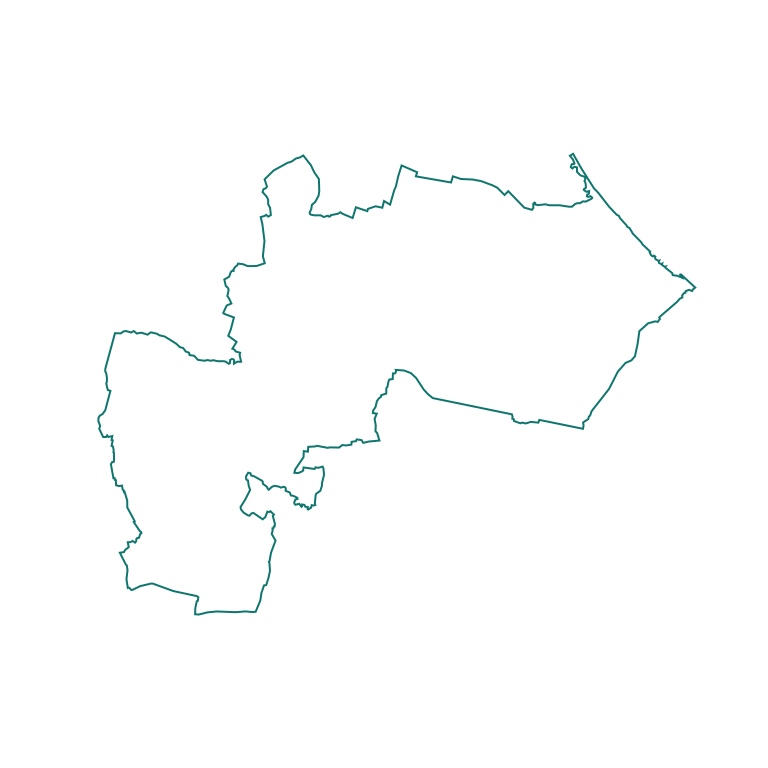 outline of Mueang Phetchaburi, Phetchaburi, Thailand, rotated 286°
{"feature_id": "78962969B35998281204361", "entity_name": "Mueang Phetchaburi", "entity_type": "district", "adm_level": 2, "iso_a3": "THA", "parent_name": "Thailand", "parent_adm1": "Phetchaburi", "projection": "albers", "projection_center": [99.958, 13.071], "detail": "fine", "context": "isolated", "style": "outline", "palette": "teal", "viewbox_px": 768, "rotation_deg": 286, "n_neighbors": 0, "source": "geoboundaries", "source_scale": "gbopen_adm2", "svg_char_len": 6166}
<svg xmlns="http://www.w3.org/2000/svg" viewBox="0 0 768 768"><g transform="rotate(286 384 384)"><path d="M255.6,128.7L256.5,131.5L258.3,132.0L257.1,133.7L259.1,137.1L255.0,137.6L255.0,138.8L249.4,139.2L249.2,140.7L245.9,142.4L243.8,142.7L243.6,143.3L236.0,145.6L234.7,145.7L234.0,144.2L231.6,143.6L218.8,149.9L219.3,151.0L217.6,151.9L217.7,152.7L212.8,154.4L212.9,157.5L214.1,160.2L210.3,162.0L210.1,163.0L208.5,163.8L208.9,164.3L201.4,169.2L194.5,171.3L183.7,181.9L183.1,182.3L182.3,181.5L175.2,190.0L174.8,191.2L173.6,191.9L172.9,191.1L168.5,190.8L168.1,189.4L167.0,188.7L164.6,189.1L162.9,188.4L163.8,185.6L162.1,183.8L161.2,181.3L156.9,183.6L153.3,181.0L150.7,180.3L149.0,176.6L139.0,185.9L138.7,186.8L134.3,188.8L125.5,190.2L117.4,193.9L118.0,195.0L116.4,197.8L116.9,199.1L122.6,205.5L128.0,215.2L128.4,216.8L126.9,238.5L128.5,262.4L128.1,264.1L127.4,264.4L124.2,264.8L123.5,263.9L116.5,264.4L110.6,265.9L111.3,269.4L115.9,277.4L119.2,285.8L123.8,304.4L127.2,313.5L128.6,320.7L129.7,323.4L141.7,324.8L149.4,323.8L157.3,324.2L158.3,326.2L166.0,326.4L173.0,325.9L180.6,323.1L181.2,322.4L182.2,322.8L190.6,321.9L203.6,322.9L208.9,317.4L212.0,317.4L214.5,316.6L214.8,317.4L216.6,317.3L216.9,318.1L219.5,317.7L226.5,313.5L228.1,314.2L230.4,309.9L229.2,308.8L229.2,307.1L223.4,306.6L220.5,304.7L224.1,293.9L223.1,292.3L220.3,291.0L220.2,289.6L221.6,284.6L224.1,281.0L226.3,280.0L234.3,282.4L245.2,284.5L249.1,281.9L253.8,279.8L254.2,278.0L255.6,277.3L257.5,276.9L261.3,277.9L261.4,280.2L259.5,281.4L259.4,285.0L257.4,293.3L256.8,294.3L254.7,295.1L252.8,300.0L251.0,301.3L250.6,302.4L254.0,304.4L255.9,306.6L256.4,311.1L256.0,313.4L257.6,316.1L257.4,317.5L256.5,318.4L254.2,318.9L253.8,323.2L251.2,325.2L251.5,327.7L250.7,332.1L249.5,332.5L248.6,330.7L245.5,330.3L244.1,331.0L243.5,332.2L245.5,335.5L243.2,338.5L243.9,339.0L245.6,338.5L245.9,340.8L244.3,342.2L244.8,344.6L242.7,345.0L242.4,345.7L245.0,348.0L247.6,347.9L247.8,349.9L248.7,351.3L250.3,350.4L258.6,348.9L259.8,349.1L263.8,352.2L268.9,352.4L271.6,351.7L280.1,351.4L286.0,349.1L287.7,347.8L285.4,344.1L285.0,341.1L283.6,341.0L283.1,340.2L281.6,329.7L278.4,330.1L276.5,328.4L274.6,325.7L274.0,322.3L277.4,322.2L291.5,326.8L297.4,325.4L298.0,329.5L302.7,328.5L305.1,335.3L306.1,336.6L307.1,347.4L308.2,349.6L310.5,358.3L313.8,360.7L314.5,364.6L316.7,369.3L319.5,368.8L321.3,372.8L323.2,373.0L323.9,377.9L321.7,380.2L324.6,385.5L328.4,395.2L335.0,390.9L336.3,388.8L341.9,387.5L347.9,384.6L353.5,385.2L353.0,381.3L355.5,380.9L359.6,382.2L365.5,381.9L368.7,383.0L371.0,384.7L372.5,384.4L375.4,388.8L380.6,387.4L382.4,388.1L387.3,387.6L389.8,387.9L391.1,391.0L396.6,389.7L397.3,391.8L399.5,392.1L400.8,391.4L402.5,399.6L401.9,406.8L398.6,413.3L389.8,423.5L386.6,428.6L383.9,434.7L390.1,515.3L388.0,516.6L386.0,516.9L385.9,518.5L384.3,519.1L383.8,525.8L385.0,527.6L385.1,531.0L388.1,535.7L389.4,543.0L392.3,543.2L395.8,587.6L399.0,587.3L401.9,586.0L406.6,590.0L409.0,589.9L410.5,590.8L415.2,591.1L441.3,601.7L460.4,605.4L470.9,610.4L474.9,615.3L479.9,617.6L492.6,616.7L505.2,614.9L515.1,621.1L518.9,627.3L519.2,630.0L522.6,631.3L523.7,630.3L524.5,630.5L543.9,643.2L547.5,644.8L549.4,647.0L551.1,646.2L553.8,647.1L554.8,648.6L556.3,648.3L558.6,651.2L558.3,654.5L560.2,655.0L562.5,656.6L571.2,639.2L570.8,638.6L568.3,641.3L568.9,636.2L568.2,631.5L570.0,630.6L573.2,622.8L573.8,622.1L574.5,622.3L574.0,621.5L574.9,619.0L575.3,618.2L576.3,618.2L575.6,617.6L576.2,615.0L577.5,614.3L578.4,614.5L578.0,613.9L578.9,610.5L581.8,608.7L581.7,607.3L581.4,608.4L580.8,607.0L581.4,605.3L583.7,603.1L584.6,603.4L589.4,594.1L591.2,592.1L597.1,581.8L601.7,576.9L602.0,574.7L603.5,573.2L608.4,565.2L610.4,563.4L610.9,560.9L616.6,551.3L626.9,537.2L629.9,532.0L645.7,514.2L657.4,502.3L654.6,499.8L651.9,503.7L648.5,506.3L647.8,506.0L647.0,503.9L644.0,503.8L643.1,505.7L645.2,507.1L645.4,509.8L641.2,511.0L638.7,515.3L638.5,519.9L636.6,521.1L634.5,520.7L632.3,522.6L628.3,524.0L626.4,522.5L625.7,522.5L624.5,525.6L626.0,528.0L623.5,528.5L621.9,527.1L620.3,527.3L620.1,528.7L621.5,530.7L620.5,532.8L619.3,532.5L614.9,527.6L614.4,524.9L611.8,522.5L611.0,519.8L609.5,517.9L606.4,516.0L605.5,513.5L604.2,503.6L601.4,493.7L601.2,489.6L598.3,482.5L598.3,480.0L599.7,479.4L599.9,478.7L598.5,477.8L594.3,479.0L592.2,478.2L592.2,470.2L603.6,450.3L598.9,447.8L603.9,438.8L604.9,433.6L605.8,421.3L605.0,412.9L602.3,401.6L602.6,393.0L596.2,392.9L592.4,357.4L596.7,357.5L598.9,340.7L587.4,340.4L577.0,341.0L573.2,340.4L558.1,340.4L559.9,333.6L553.0,333.8L552.5,326.9L547.9,320.3L545.6,320.3L546.1,308.3L534.9,308.1L536.2,297.2L537.1,294.8L535.1,293.0L531.6,286.3L530.3,286.1L529.7,284.7L530.3,283.7L527.9,280.0L528.7,276.8L527.0,270.8L526.6,267.0L527.1,265.9L528.5,265.2L532.0,265.9L536.3,265.3L540.1,267.7L547.0,269.2L551.6,268.6L563.1,264.9L568.3,258.6L574.2,253.4L581.4,243.4L578.6,240.7L576.5,237.2L572.3,233.8L570.1,230.4L558.9,219.1L547.8,212.8L541.5,217.1L539.8,216.6L537.9,214.4L535.0,214.4L531.9,219.4L529.3,221.8L524.9,223.1L522.0,225.9L515.2,228.7L513.0,226.6L514.1,224.0L512.7,223.0L510.5,219.5L504.2,223.0L488.5,229.7L473.3,232.4L467.2,236.1L462.5,229.3L460.5,223.2L459.8,220.2L460.3,215.4L459.5,210.5L457.8,210.3L455.3,208.6L452.7,207.8L451.3,208.2L451.3,207.1L449.4,205.9L444.5,205.6L440.4,201.7L434.5,205.0L433.6,207.2L431.8,208.7L425.3,209.2L423.2,211.8L419.3,215.1L416.0,211.1L408.0,209.9L407.4,211.0L406.6,221.4L394.3,221.7L387.4,221.0L383.8,230.7L376.1,228.5L375.9,230.7L374.4,232.5L374.4,237.1L372.1,237.2L366.0,240.5L365.0,236.8L362.2,234.2L365.6,233.4L366.2,232.3L366.1,230.9L364.8,229.5L361.4,230.1L360.6,229.2L361.8,226.0L361.8,223.9L360.1,217.8L359.8,213.2L358.7,211.4L358.3,207.6L356.9,205.1L355.9,198.5L358.8,193.7L358.2,189.1L360.3,188.0L360.6,184.4L363.2,181.1L363.2,177.5L365.5,173.1L369.2,160.1L368.9,154.6L369.7,152.1L369.5,146.5L369.1,145.3L366.3,143.2L366.4,136.5L364.4,132.5L365.9,128.9L363.8,126.7L363.8,121.4L362.8,119.2L360.1,117.0L358.7,111.4L322.1,111.9L319.4,112.5L317.4,114.2L313.5,116.0L309.9,117.0L308.2,116.8L304.3,118.8L302.1,120.3L302.0,122.9L281.9,123.3L277.7,121.8L275.1,119.5L273.1,118.9L269.8,119.5L265.5,122.7L262.5,122.6L255.6,128.7Z" fill="none" stroke="#0f766e" stroke-width="2"/></g></svg>